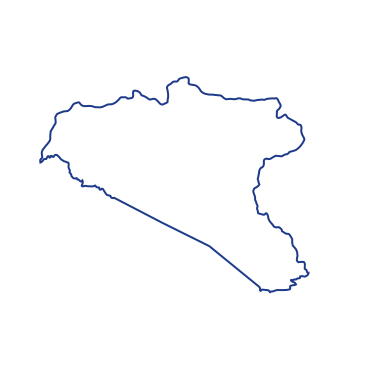 San Jose del Potrero, Comayagua, Honduras (Mercator projection), rotated 336°
{"feature_id": "27666195B91463241716660", "entity_name": "San Jose del Potrero", "entity_type": "district", "adm_level": 2, "iso_a3": "HND", "parent_name": "Honduras", "parent_adm1": "Comayagua", "projection": "mercator", "projection_center": [-87.296, 14.845], "detail": "fine", "context": "isolated", "style": "outline", "palette": "blue", "viewbox_px": 384, "rotation_deg": 336, "n_neighbors": 0, "source": "geoboundaries", "source_scale": "gbopen_adm2", "svg_char_len": 5917}
<svg xmlns="http://www.w3.org/2000/svg" viewBox="0 0 384 384"><g transform="rotate(336 192 192)"><path d="M265.5,313.3L265.2,313.3L264.7,312.4L264.6,311.9L264.8,310.6L264.7,309.7L263.9,308.4L263.8,308.0L264.6,306.2L265.5,304.5L265.9,303.3L265.9,301.9L265.5,301.3L264.5,300.7L260.5,299.3L260.2,298.6L260.0,297.6L260.1,296.9L260.3,296.3L261.1,295.0L262.5,293.2L262.8,292.0L263.6,289.6L263.7,288.0L263.6,286.2L262.3,282.0L263.0,278.8L264.2,276.2L264.4,275.5L264.3,274.4L263.8,270.9L263.5,270.1L263.0,269.5L261.7,268.8L260.6,267.9L258.5,264.7L258.3,264.4L258.6,263.1L258.5,262.4L258.0,261.1L257.1,259.6L256.8,259.3L254.6,258.7L252.8,257.0L252.3,254.4L251.3,251.2L251.0,249.5L251.0,247.2L251.5,245.7L251.7,244.4L251.7,242.9L251.4,241.9L251.1,241.6L250.8,241.5L248.9,242.1L248.1,241.9L244.5,239.0L243.8,238.2L244.4,235.9L244.7,233.6L245.0,233.0L245.8,232.1L246.2,231.2L246.3,229.9L246.2,228.6L246.6,226.8L246.4,226.0L246.5,225.0L246.7,224.1L247.2,223.2L247.6,222.1L248.0,217.2L248.3,216.3L248.8,215.5L249.4,214.9L250.2,214.3L251.3,213.9L252.7,213.9L255.0,213.4L255.7,213.1L256.5,212.6L256.6,212.0L256.8,209.9L257.2,208.4L257.2,207.2L257.8,206.2L258.6,205.3L260.2,202.9L260.7,202.4L261.7,200.5L263.0,199.1L263.9,198.4L265.2,197.9L265.7,198.1L266.0,198.1L267.7,197.4L269.2,195.5L269.8,193.8L270.5,192.5L270.9,192.1L271.4,191.8L272.4,191.6L273.6,191.8L275.4,193.1L276.7,193.5L277.9,193.5L279.4,193.2L281.4,193.1L282.5,192.9L283.1,193.0L284.3,193.5L287.7,195.5L288.6,195.9L290.2,195.7L292.2,195.6L292.8,195.7L293.6,196.0L294.3,196.1L296.0,195.8L297.2,195.1L297.6,195.1L301.5,195.7L303.8,195.9L306.7,195.3L308.4,194.7L309.8,194.1L312.6,192.5L314.7,191.0L315.8,190.0L316.1,189.5L316.2,188.6L316.2,187.3L316.0,184.8L316.1,183.2L316.5,180.8L318.0,178.2L318.4,177.1L318.5,176.2L318.4,174.8L316.3,173.4L315.6,171.1L315.3,170.5L309.8,163.3L309.5,162.4L309.2,160.1L308.9,159.4L308.4,159.2L308.0,159.1L303.8,159.9L303.1,159.9L301.8,159.7L301.0,159.5L300.7,159.3L300.3,158.7L300.1,157.9L300.1,157.6L300.3,157.1L301.2,155.4L302.4,152.8L303.4,152.1L305.1,151.6L306.5,150.8L307.5,150.0L308.1,149.2L308.3,148.1L308.0,144.4L308.0,142.7L307.8,141.7L307.5,140.9L307.0,140.5L305.4,140.1L303.2,139.0L298.7,137.5L298.3,137.4L296.7,137.4L295.5,137.2L294.5,136.7L293.7,136.0L291.3,135.4L290.5,135.0L289.5,134.6L285.8,133.9L284.1,132.9L283.2,132.3L282.5,132.0L281.6,130.8L281.0,130.4L276.2,128.0L275.6,127.5L274.7,126.6L273.9,125.9L272.4,125.3L271.1,125.1L270.0,125.0L269.0,124.7L267.5,124.0L265.0,122.5L261.3,121.3L260.9,121.1L259.7,119.8L258.1,116.5L257.7,115.8L257.3,115.4L252.5,112.7L251.1,111.8L247.0,109.8L243.8,107.5L242.5,106.0L241.9,105.1L241.4,104.1L241.1,103.2L240.8,101.0L240.4,99.5L240.0,98.3L239.0,96.6L238.3,95.8L234.1,93.0L233.6,92.5L233.3,92.0L233.1,91.5L233.2,91.1L234.3,89.1L235.0,87.5L235.0,87.0L234.9,86.4L234.5,85.8L233.5,84.7L232.9,84.4L228.8,83.6L226.9,83.5L226.0,83.6L224.1,84.8L223.2,85.0L220.5,83.8L219.5,83.7L218.4,83.9L217.1,84.5L214.1,84.8L212.9,85.2L212.2,85.7L211.6,86.5L211.3,87.4L211.2,88.5L210.6,90.7L210.0,92.9L208.8,95.6L207.3,97.8L206.3,99.7L206.1,100.0L205.5,100.1L201.1,100.2L200.4,100.0L199.9,99.7L199.2,99.0L198.6,98.0L197.6,94.8L196.9,93.3L196.3,92.2L195.7,91.7L194.8,91.2L191.3,90.5L190.7,90.1L188.3,86.3L186.9,84.6L185.9,83.8L185.3,83.2L184.8,80.0L183.9,78.5L182.9,77.4L181.7,76.5L180.6,76.0L179.8,75.9L179.2,76.3L178.7,77.0L177.5,79.9L177.0,80.7L176.3,81.3L175.2,81.6L171.6,80.7L171.2,80.4L170.4,79.0L169.8,78.4L166.0,76.7L165.4,76.7L164.7,76.8L163.0,77.7L158.9,79.1L156.5,79.3L155.3,79.3L154.4,79.1L153.5,78.9L152.2,78.3L150.6,77.8L147.7,77.8L144.7,77.8L142.5,77.3L138.0,75.1L135.5,72.9L134.2,72.1L133.0,71.5L129.3,70.1L127.9,69.4L127.0,68.5L126.0,67.0L125.5,64.8L125.4,64.4L124.9,64.0L123.8,63.7L121.1,63.4L119.6,63.5L118.3,64.2L115.4,66.2L113.6,67.0L112.0,67.4L110.9,67.3L107.5,66.2L104.1,65.9L100.9,65.8L100.0,66.2L98.9,66.9L97.8,67.8L97.4,68.3L96.0,72.5L95.1,73.9L92.9,75.3L90.2,77.3L88.6,78.3L87.5,79.2L85.3,83.1L84.2,85.7L83.3,86.9L82.2,87.8L79.1,89.5L77.2,90.3L75.5,91.3L73.5,92.3L72.3,93.1L71.3,94.2L70.6,95.3L70.3,96.1L69.4,99.3L68.9,99.7L66.4,101.0L66.1,101.6L65.5,103.4L66.1,103.5L67.0,103.3L68.4,102.8L69.6,102.0L70.3,101.8L72.3,102.5L74.0,101.2L75.2,100.7L75.4,100.9L75.8,102.6L76.0,102.7L76.5,102.7L76.5,102.2L76.8,101.9L77.3,101.7L77.8,101.7L78.4,101.9L79.1,103.3L79.4,103.5L79.8,103.5L81.4,102.6L82.0,102.5L82.9,102.7L83.7,103.4L84.7,105.6L85.7,109.0L87.7,112.0L88.9,112.9L90.0,114.2L90.6,114.5L90.9,115.0L90.9,115.7L90.7,116.5L89.4,118.8L89.2,119.8L89.1,122.8L88.9,123.2L88.3,123.9L88.1,124.4L88.1,124.7L88.5,125.3L88.7,126.5L88.7,127.2L88.4,128.0L88.4,128.5L89.0,130.5L89.6,131.5L90.8,132.2L92.0,132.3L92.3,132.5L92.4,132.9L92.3,133.5L92.3,133.8L92.6,134.1L93.2,134.3L93.5,134.7L94.0,136.1L94.6,137.1L95.0,137.3L95.9,137.1L96.5,136.8L96.6,137.7L96.0,139.0L95.3,139.9L94.3,140.9L93.9,141.3L93.8,141.7L94.0,142.0L94.6,142.5L96.3,142.8L97.5,143.2L98.5,144.0L99.6,144.6L103.8,146.6L104.9,146.7L105.8,146.6L106.1,146.7L106.3,146.9L106.4,147.9L106.8,148.7L107.3,149.2L108.4,149.8L109.0,150.3L108.9,150.8L108.6,151.7L108.8,152.3L109.6,152.7L110.8,152.4L111.3,152.5L111.7,152.8L111.9,153.5L112.5,158.0L112.9,159.6L113.2,160.1L113.5,160.5L115.8,162.2L115.9,164.3L117.1,165.3L117.8,165.6L118.5,165.6L152.2,207.9L185.8,248.5L215.0,306.3L214.9,307.5L214.7,308.4L214.7,308.8L214.4,309.0L214.2,309.3L214.3,309.8L214.5,310.2L214.8,310.2L215.9,309.7L216.4,309.7L221.6,312.7L222.0,313.1L222.6,315.3L223.8,315.1L225.8,315.8L226.9,315.8L229.7,316.1L234.7,318.4L239.0,320.1L241.4,320.6L241.9,320.6L242.4,320.3L243.2,318.2L243.7,317.8L245.9,318.1L248.1,318.8L248.9,318.8L249.4,318.7L249.1,316.9L248.9,316.8L248.7,316.3L247.1,314.6L246.6,313.7L246.5,313.0L246.8,312.7L247.5,313.0L248.4,313.7L249.6,313.4L251.4,314.2L253.2,313.9L255.3,314.5L255.8,314.3L256.5,313.1L258.3,313.6L260.3,315.0L261.2,315.3L263.1,315.1L264.4,314.6L265.3,313.8L265.5,313.3Z" fill="none" stroke="#1e3a8a" stroke-width="2"/></g></svg>